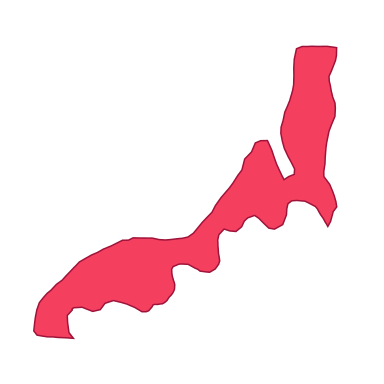 Sagbama, Bayelsa, Nigeria, rotated 185°
{"feature_id": "59680162B84100135495566", "entity_name": "Sagbama", "entity_type": "district", "adm_level": 2, "iso_a3": "NGA", "parent_name": "Nigeria", "parent_adm1": "Bayelsa", "projection": "natural_earth1", "projection_center": [6.208, 5.097], "detail": "fine", "context": "isolated", "style": "filled", "palette": "rose", "viewbox_px": 384, "rotation_deg": 185, "n_neighbors": 0, "source": "geoboundaries", "source_scale": "gbopen_adm2", "svg_char_len": 2831}
<svg xmlns="http://www.w3.org/2000/svg" viewBox="0 0 384 384"><g transform="rotate(185 192 192)"><path d="M62.1,304.8L63.4,309.9L64.9,314.3L65.6,319.2L63.7,324.6L60.5,335.6L60.0,340.7L60.5,348.4L63.5,348.6L70.1,348.9L79.1,348.0L85.5,347.6L89.8,347.0L94.9,346.6L100.4,343.8L101.7,333.1L101.4,324.1L101.2,322.5L100.6,316.6L100.1,307.6L100.6,302.0L101.6,296.8L102.3,293.4L102.5,292.0L104.4,285.8L106.5,279.7L107.5,271.0L108.9,264.3L108.6,258.2L106.5,250.7L103.8,243.4L99.3,235.6L95.5,229.9L91.8,223.9L91.7,218.5L97.0,215.8L101.4,212.3L104.0,216.4L107.2,221.9L110.3,227.4L113.4,234.2L116.2,240.7L121.3,249.8L121.5,249.8L128.1,249.1L133.2,246.4L136.2,237.1L142.4,229.4L144.2,218.3L147.8,212.5L151.9,204.6L154.8,199.8L156.1,197.9L157.6,195.9L162.6,188.9L167.5,180.5L170.3,173.6L175.0,167.8L178.4,163.5L179.4,162.2L183.9,155.6L187.0,151.1L192.1,146.8L197.4,145.1L198.4,144.9L200.8,144.5L203.3,144.0L209.0,142.8L214.1,141.9L220.2,141.7L227.4,142.6L229.0,142.5L240.3,141.6L246.7,141.2L251.1,138.5L257.0,137.9L268.1,131.1L275.3,127.4L281.1,123.4L286.6,120.5L291.7,117.0L298.1,112.5L301.8,107.8L302.8,106.7L306.6,101.9L310.1,97.6L313.7,92.8L319.0,88.2L323.9,81.9L327.5,78.4L330.9,73.8L334.4,68.5L336.3,61.1L337.1,53.7L337.4,46.6L337.4,44.9L337.5,39.8L333.9,35.9L329.5,35.5L323.4,35.1L317.9,35.5L313.1,35.4L304.6,35.8L297.4,35.9L302.3,41.2L304.5,50.9L305.5,58.1L301.0,64.0L301.2,65.3L299.6,66.4L291.4,67.6L287.4,66.4L280.5,64.4L273.1,66.8L269.0,73.5L263.2,76.0L260.8,77.0L253.3,75.9L252.3,75.7L247.2,74.7L238.7,71.9L231.5,68.4L227.3,68.7L224.8,69.9L223.2,72.1L221.9,73.9L221.0,76.1L219.3,76.8L216.3,77.0L213.9,77.7L211.9,78.0L210.2,79.1L208.9,80.2L207.5,81.7L206.8,83.0L206.5,83.6L205.5,85.4L204.1,87.0L203.4,88.0L202.5,89.5L201.7,91.3L201.0,93.5L201.0,95.9L201.1,98.2L201.8,100.3L202.7,102.2L204.4,106.8L205.1,109.9L205.5,113.5L204.3,116.1L201.5,117.5L198.8,119.0L195.7,119.4L189.5,119.6L182.3,116.4L179.5,115.5L177.1,113.9L170.7,113.6L167.4,113.6L162.2,117.3L160.2,120.6L159.2,122.3L158.4,125.8L159.1,128.9L160.2,132.9L161.0,138.0L161.4,140.1L161.4,140.3L161.9,144.4L162.2,146.4L161.5,151.8L156.8,157.9L153.5,157.1L151.0,156.5L144.8,156.5L141.9,159.3L139.5,161.7L137.4,167.5L135.4,169.8L134.2,171.1L127.6,174.1L127.0,173.8L123.2,171.7L117.7,167.0L112.3,162.7L106.6,162.2L98.8,167.4L97.5,171.9L95.9,177.5L96.1,183.8L96.0,184.3L95.4,188.6L91.9,191.9L89.9,192.2L86.9,192.7L78.6,192.7L77.9,192.4L74.9,191.3L72.1,190.1L67.8,188.3L65.7,186.2L63.6,183.0L61.9,180.6L60.1,178.5L58.8,176.9L58.0,175.7L56.5,173.4L55.3,171.9L53.7,169.5L51.4,174.7L49.6,184.8L46.5,189.8L47.9,195.3L48.1,195.7L49.8,200.2L51.9,204.8L55.5,211.6L57.9,214.3L62.0,218.9L62.5,224.1L62.0,231.8L62.3,237.4L62.4,248.0L62.1,253.4L60.8,264.6L58.9,271.3L56.2,279.7L56.5,287.9L57.3,293.1L59.4,297.4L60.0,298.6L62.1,304.8Z" fill="#f43f5e" stroke="#9f1239" stroke-width="1.5"/></g></svg>